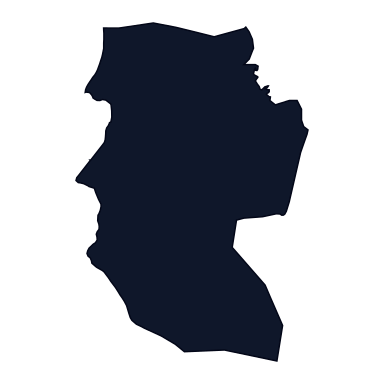 outline of Al Matammah, Al Jawf, Yemen
{"feature_id": "15242507B78310888001164", "entity_name": "Al Matammah", "entity_type": "district", "adm_level": 2, "iso_a3": "YEM", "parent_name": "Yemen", "parent_adm1": "Al Jawf", "projection": "orthographic", "projection_center": [44.392, 16.198], "detail": "fine", "context": "isolated", "style": "filled", "palette": "ink", "viewbox_px": 384, "rotation_deg": 0, "n_neighbors": 0, "source": "geoboundaries", "source_scale": "gbopen_adm2", "svg_char_len": 3010}
<svg xmlns="http://www.w3.org/2000/svg" viewBox="0 0 384 384"><path d="M103.6,28.0L103.7,30.4L103.9,33.2L103.9,36.2L103.9,39.6L103.7,42.9L103.7,45.7L103.7,48.5L103.1,51.6L102.5,54.6L101.8,57.5L100.8,60.4L99.7,63.9L98.7,66.6L97.5,69.9L96.3,72.4L94.8,74.9L92.8,77.3L91.2,79.8L89.6,82.1L88.1,84.4L86.6,87.1L85.6,89.7L85.2,92.4L86.0,92.1L89.5,92.5L91.6,94.8L92.9,97.1L92.9,97.8L94.4,98.9L97.0,100.4L99.9,100.5L102.2,99.6L102.5,99.5L105.3,100.0L105.7,100.0L110.7,103.9L111.1,105.1L111.2,106.0L111.7,110.9L111.8,117.2L110.9,121.9L109.5,122.7L109.5,123.0L108.3,125.7L106.7,127.9L105.8,130.9L105.7,133.9L105.5,136.7L105.2,139.7L104.4,142.4L102.8,144.6L90.7,160.1L90.2,160.1L90.4,160.3L77.6,176.7L76.8,177.6L76.0,180.5L78.3,182.6L80.1,182.8L83.0,183.5L84.0,183.8L88.4,186.0L88.9,186.5L94.3,188.2L95.8,192.7L98.5,199.2L101.0,204.1L101.1,206.4L100.5,209.4L100.2,210.6L98.9,213.8L98.0,215.2L97.7,220.7L98.9,224.2L99.2,226.6L99.0,229.4L97.3,231.6L96.3,234.2L97.0,237.0L97.2,240.0L95.4,242.8L93.2,244.2L90.5,246.8L89.1,248.1L87.7,250.8L87.0,253.5L88.1,256.2L90.2,257.8L91.4,260.6L91.9,263.2L95.9,266.7L97.0,267.5L102.2,270.4L104.0,271.8L106.1,274.6L108.3,277.5L110.8,281.3L115.4,287.4L117.9,291.3L120.2,295.1L122.0,297.6L124.4,301.4L126.6,305.6L128.8,313.0L130.3,317.6L131.3,319.3L131.9,320.3L133.5,321.7L136.4,324.2L141.5,326.6L144.4,328.2L161.0,335.8L175.2,344.2L184.4,351.7L224.4,350.0L276.9,361.0L282.6,325.5L270.1,296.8L265.1,285.1L232.2,247.4L232.3,246.8L236.5,220.1L244.0,218.1L257.5,217.1L262.7,216.7L276.2,213.8L278.6,213.9L280.0,214.0L281.7,215.2L283.4,215.1L284.7,214.2L286.3,211.3L289.3,201.6L289.6,200.2L292.4,188.1L296.4,170.7L300.1,154.7L300.5,152.9L300.7,152.2L302.3,147.6L303.2,145.0L303.9,143.0L305.8,137.6L305.9,137.4L307.0,134.3L308.0,129.9L303.7,126.6L302.1,122.0L301.9,121.4L301.5,120.1L301.5,115.2L301.5,109.2L297.1,100.5L289.5,100.5L286.0,101.5L284.7,102.0L278.4,103.9L275.4,104.9L272.6,102.7L272.2,102.4L269.9,100.5L270.4,97.1L270.4,96.9L269.6,96.8L268.8,96.6L268.6,96.3L267.6,95.4L266.4,94.2L266.8,93.5L266.9,93.4L268.4,92.7L268.7,92.3L269.2,91.7L269.2,89.8L268.9,89.8L268.0,89.7L267.6,89.7L266.4,89.4L266.2,89.3L265.1,89.1L265.1,88.8L265.1,88.5L265.7,88.4L266.1,88.2L267.2,87.7L268.0,86.5L268.4,85.9L268.0,85.8L267.2,86.2L266.9,86.2L264.8,86.9L262.5,89.2L261.8,89.9L260.7,89.4L259.6,88.9L259.7,88.0L259.4,87.1L259.1,86.4L257.2,83.9L256.2,82.2L255.5,81.3L255.3,80.9L255.5,80.7L256.0,79.9L256.6,78.9L257.6,77.7L257.8,77.5L257.8,77.4L257.7,76.7L254.1,74.8L253.8,74.2L253.5,73.5L253.9,72.0L254.5,69.2L255.0,68.5L255.2,68.2L255.3,68.4L255.5,68.6L255.6,68.8L255.6,70.0L255.6,70.3L256.1,70.4L256.6,70.4L256.9,70.5L257.5,69.8L257.6,69.7L257.7,69.1L257.7,68.9L257.8,68.6L258.0,66.5L258.0,66.4L258.1,66.2L255.5,64.7L255.2,64.6L253.8,64.6L243.8,64.6L249.2,59.1L252.1,51.6L253.5,48.2L252.4,39.4L252.3,39.1L249.1,31.8L245.8,27.1L244.1,28.6L219.2,35.4L214.2,36.8L195.8,32.2L179.1,28.1L175.7,27.3L153.3,23.0L120.9,27.8L118.5,28.1L111.2,28.1L103.6,28.0Z" fill="#0f172a" stroke="#020617" stroke-width="1.5"/></svg>